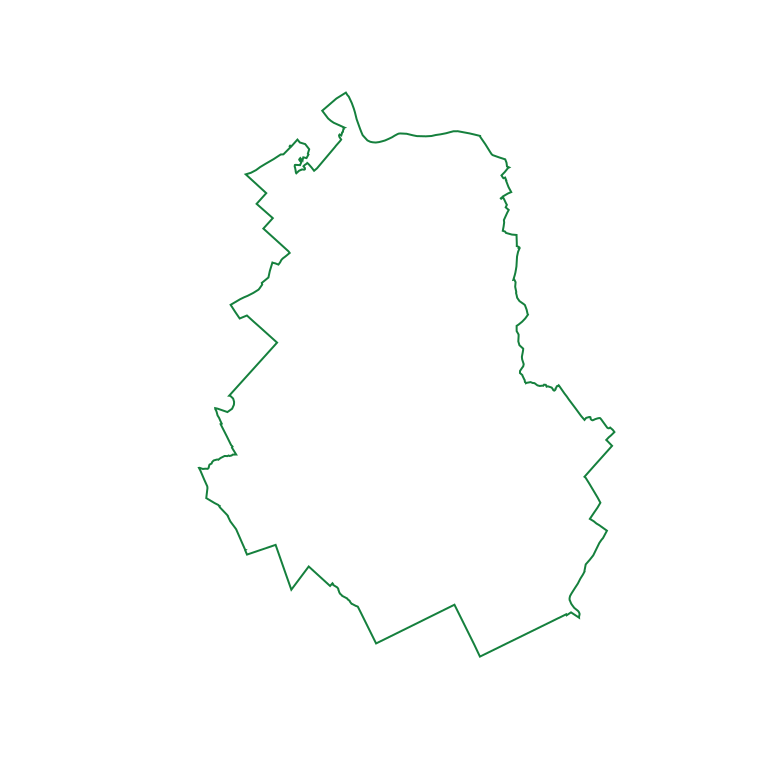 outline of Salas pag., Salas, Latvia, rotated 342°
{"feature_id": "27541924B32123445019652", "entity_name": "Salas pag.", "entity_type": "district", "adm_level": 2, "iso_a3": "LVA", "parent_name": "Latvia", "parent_adm1": "Salas", "projection": "albers", "projection_center": [25.738, 56.452], "detail": "fine", "context": "isolated", "style": "outline", "palette": "green", "viewbox_px": 768, "rotation_deg": 342, "n_neighbors": 0, "source": "geoboundaries", "source_scale": "gbopen_adm2", "svg_char_len": 6029}
<svg xmlns="http://www.w3.org/2000/svg" viewBox="0 0 768 768"><g transform="rotate(342 384 384)"><path d="M437.8,95.1L426.9,97.8L409.7,105.0L412.9,114.2L414.8,117.3L416.9,120.0L425.6,127.9L424.5,127.9L424.6,129.0L424.0,129.4L423.6,129.9L422.9,131.4L422.5,131.7L421.9,131.8L421.9,132.0L420.2,134.4L418.9,133.0L418.1,133.6L417.9,135.1L418.8,138.3L417.4,139.3L412.0,142.5L410.4,143.6L386.9,158.2L383.4,159.6L382.0,155.7L380.5,152.2L379.9,151.0L379.3,150.1L378.8,150.5L376.3,151.2L374.7,152.0L375.5,154.2L375.2,155.2L375.0,155.4L374.3,155.5L372.3,154.6L372.0,154.6L370.9,154.7L370.9,154.8L369.2,154.9L365.7,156.5L365.6,156.2L365.6,155.4L365.7,154.5L365.9,154.0L366.3,150.4L366.2,149.8L366.7,148.5L366.9,148.2L367.5,148.2L371.5,149.8L371.8,149.9L373.9,147.5L373.8,147.0L373.2,146.2L373.1,145.9L372.7,144.6L372.7,144.3L372.8,144.2L374.2,143.3L374.9,145.0L375.6,146.2L375.9,145.6L377.3,143.5L380.1,145.2L383.1,142.4L382.7,141.5L385.4,137.6L383.2,131.5L378.6,128.3L377.2,124.8L369.3,129.4L368.8,128.6L368.4,128.3L367.8,128.7L367.7,128.8L367.9,129.3L368.2,129.9L359.3,134.5L356.7,133.8L348.6,136.0L339.3,138.0L333.3,139.4L328.5,141.0L322.7,142.0L317.3,141.9L331.0,166.1L318.5,173.3L329.5,191.9L317.3,198.9L334.1,228.2L334.8,230.2L329.5,232.3L326.8,233.2L325.2,234.0L324.5,234.5L322.8,236.2L320.5,237.8L317.8,235.6L316.4,234.8L315.4,234.0L310.3,241.3L307.0,247.0L299.0,250.1L298.9,251.8L295.2,254.6L293.8,255.5L287.8,257.0L281.5,258.0L277.8,258.3L273.5,258.9L262.6,261.3L264.8,269.6L267.0,277.1L274.8,276.5L279.3,284.4L282.2,289.3L295.1,311.6L233.1,347.3L234.0,347.7L234.3,348.0L236.0,351.2L236.0,351.3L236.0,352.4L235.9,354.7L235.2,356.5L234.8,357.4L231.9,360.6L231.6,360.7L226.4,362.3L226.3,362.2L218.2,356.1L216.0,354.8L215.8,355.6L215.8,355.9L216.1,357.2L216.2,358.6L216.0,362.5L216.7,365.3L217.0,368.6L217.4,371.6L216.2,371.7L218.3,385.0L219.7,394.8L220.6,396.7L219.7,397.5L221.6,405.4L218.3,404.4L217.0,404.9L214.8,404.7L214.1,404.0L212.8,404.2L210.2,403.2L205.6,403.9L203.2,404.8L203.1,404.6L201.5,404.2L198.4,404.1L197.0,404.8L196.4,405.2L195.4,406.4L193.8,406.6L193.1,406.8L192.0,408.3L191.4,409.5L190.1,410.2L188.1,409.4L185.4,408.8L182.7,406.7L182.1,406.6L182.6,409.5L183.5,419.6L184.3,426.8L184.0,428.0L184.0,428.3L179.7,437.6L186.1,444.9L188.7,447.5L189.1,447.9L189.5,449.2L190.0,449.3L189.7,450.4L194.5,460.4L194.8,461.3L194.6,461.4L195.4,467.2L198.2,475.5L198.5,476.5L199.5,486.6L199.6,487.7L199.6,487.8L200.7,498.7L200.8,499.0L201.0,499.1L200.6,499.3L201.0,503.9L231.2,503.5L231.9,535.1L232.3,551.0L256.0,534.3L270.3,559.4L273.4,557.6L273.8,558.7L273.6,559.4L274.5,560.5L276.6,562.9L276.6,563.0L277.2,564.4L277.0,565.9L277.1,566.0L277.1,568.7L277.3,569.1L277.4,569.9L278.4,571.5L278.7,572.5L282.6,576.5L282.8,576.7L282.8,577.2L283.0,577.8L283.5,578.3L284.4,579.8L284.3,580.3L285.2,582.9L285.3,582.9L288.7,586.4L289.2,586.7L290.3,587.7L291.4,594.9L296.3,628.3L382.8,615.7L389.3,659.7L391.0,672.9L477.8,660.5L478.2,660.5L486.1,659.3L486.2,660.4L491.3,659.0L494.9,663.5L497.3,666.5L497.5,665.7L498.3,664.4L498.9,663.3L499.0,662.7L498.9,661.4L498.6,660.3L498.4,659.8L495.8,655.8L495.5,655.0L494.3,651.4L494.1,650.2L494.0,648.8L493.9,647.3L493.9,646.8L493.8,646.7L494.2,645.3L494.5,644.7L495.4,643.2L497.4,641.3L502.1,637.4L506.7,633.7L510.6,629.8L514.2,626.8L516.6,624.5L516.5,624.4L520.1,617.9L525.3,614.8L530.1,611.6L539.7,601.7L542.7,599.4L544.7,598.2L550.7,592.4L545.0,584.7L542.9,582.3L541.1,579.4L538.1,575.9L544.6,570.8L548.8,567.6L553.1,563.8L552.1,558.2L548.4,541.9L546.8,535.5L546.0,534.2L558.4,526.9L581.8,513.3L578.9,507.4L578.1,505.9L581.4,504.1L583.9,503.1L588.3,500.9L587.4,498.3L585.6,495.3L584.8,495.6L584.1,495.6L583.4,495.2L583.0,494.7L582.8,494.5L580.2,486.5L579.8,485.2L579.1,483.4L578.9,483.2L578.2,482.9L576.5,482.7L573.9,482.7L572.5,482.9L571.3,483.0L570.9,482.8L570.3,482.3L570.1,481.9L569.7,480.9L569.9,480.4L570.0,479.8L570.0,479.3L569.0,478.8L565.8,478.7L563.6,480.1L561.8,475.9L561.3,474.5L558.8,466.9L555.0,455.8L554.0,452.4L552.7,448.8L549.9,439.5L549.8,439.3L549.2,439.8L548.5,439.4L547.6,439.6L546.6,440.8L545.7,441.3L545.6,442.0L545.4,442.2L544.8,442.6L544.1,442.9L543.8,442.9L543.4,442.5L543.1,442.1L543.0,441.3L542.4,439.3L542.2,439.1L539.1,436.8L537.8,436.8L537.6,434.8L536.0,434.1L534.9,434.9L534.1,434.5L531.5,434.0L529.5,432.7L527.4,429.7L525.6,428.9L524.0,427.5L520.2,427.0L519.3,427.1L519.4,426.6L518.7,425.9L518.7,425.4L518.8,424.8L519.0,423.6L518.8,423.0L518.6,421.4L518.3,419.2L518.3,418.2L516.7,415.6L517.4,413.6L520.6,411.1L521.8,410.3L523.0,408.3L523.0,403.3L523.5,400.8L525.6,397.0L526.8,394.7L527.3,393.4L524.8,389.0L524.9,385.0L526.8,380.1L527.3,378.5L526.5,374.7L528.1,369.7L530.3,369.1L534.7,367.4L538.6,365.3L542.4,362.5L542.2,361.7L542.6,357.5L542.4,352.5L541.6,351.2L538.5,347.1L537.9,345.2L537.3,343.1L537.6,340.4L537.7,338.4L537.7,338.2L538.2,337.5L538.8,332.1L540.6,327.8L540.2,325.0L539.2,324.9L541.9,321.0L543.3,318.8L544.7,316.2L546.3,313.1L549.9,303.9L552.3,299.8L553.7,298.1L554.9,296.8L554.1,296.3L554.7,295.6L553.5,294.3L552.9,293.9L553.7,291.5L556.1,283.2L551.8,281.4L546.7,278.0L546.3,276.5L544.3,275.0L546.4,271.2L548.2,267.5L548.7,265.1L554.2,259.1L556.4,257.0L554.3,253.6L556.2,251.6L555.9,250.0L555.3,245.4L554.9,243.3L552.7,244.0L552.5,243.5L554.6,242.7L554.9,242.4L560.8,241.1L564.3,240.8L563.3,235.3L563.2,233.8L562.9,227.9L563.2,227.9L563.0,225.1L561.2,225.2L560.9,224.6L560.2,221.9L564.4,219.7L568.7,216.9L569.9,216.7L568.2,215.1L568.9,211.4L568.7,207.8L563.7,204.2L558.1,199.9L557.4,198.8L556.7,196.3L554.5,187.4L551.9,178.7L552.1,177.8L547.1,174.7L542.8,172.1L532.3,166.4L528.1,165.1L524.9,164.9L520.6,164.7L514.8,164.0L510.2,163.2L505.8,162.8L500.4,161.4L491.9,158.4L488.5,156.5L482.8,153.0L476.8,150.7L475.1,150.4L473.6,150.6L470.8,151.1L468.0,151.8L464.2,152.3L460.2,152.7L457.2,152.6L454.1,152.4L450.8,151.8L447.9,150.6L445.8,149.4L443.5,147.2L440.6,140.8L440.3,137.5L440.1,134.0L440.0,130.7L439.8,123.7L440.3,116.7L440.4,113.0L440.2,107.0L439.8,103.7L439.3,99.7L438.5,98.0L437.8,95.1Z" fill="none" stroke="#15803d" stroke-width="2"/></g></svg>